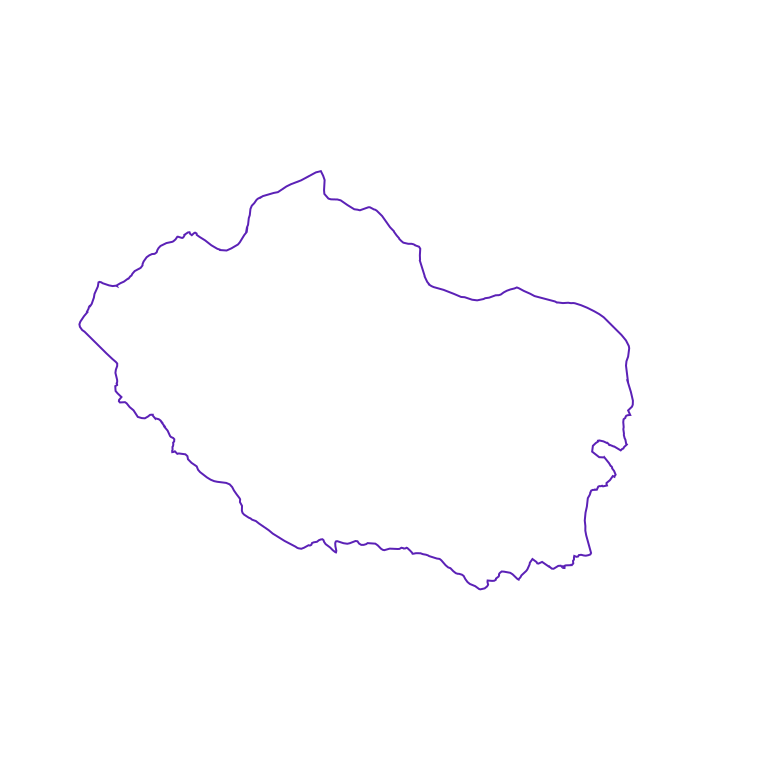 the district of Rungwe, Mbeya, United Republic of Tanzania, rotated 319°
{"feature_id": "72390352B86695961679763", "entity_name": "Rungwe", "entity_type": "district", "adm_level": 2, "iso_a3": "TZA", "parent_name": "United Republic of Tanzania", "parent_adm1": "Mbeya", "projection": "equal_earth", "projection_center": [33.663, -9.236], "detail": "fine", "context": "isolated", "style": "outline", "palette": "violet", "viewbox_px": 768, "rotation_deg": 319, "n_neighbors": 0, "source": "geoboundaries", "source_scale": "gbopen_adm2", "svg_char_len": 6142}
<svg xmlns="http://www.w3.org/2000/svg" viewBox="0 0 768 768"><g transform="rotate(319 384 384)"><path d="M586.2,523.5L592.5,517.9L593.7,515.9L595.2,509.9L595.4,502.9L593.6,477.8L592.3,472.5L590.4,467.1L587.4,459.8L584.4,453.8L581.1,448.4L580.1,447.2L578.1,445.6L576.3,443.5L572.1,440.3L568.5,436.3L568.0,436.1L567.2,433.9L555.3,416.4L553.5,411.7L550.6,405.5L548.6,400.2L547.6,398.3L545.2,397.5L541.5,395.6L537.9,394.2L534.4,393.4L530.8,393.1L528.8,392.2L526.5,390.3L520.0,387.8L516.6,385.6L514.9,385.2L509.2,382.0L505.8,378.2L501.8,371.4L499.3,368.9L495.9,361.9L490.7,352.0L485.1,343.5L484.1,341.4L483.3,338.8L483.5,338.8L483.6,335.3L485.2,329.5L485.5,329.3L492.1,314.2L492.7,313.9L495.5,310.4L500.1,305.7L500.5,303.4L498.4,299.6L498.5,299.3L497.9,297.9L496.8,296.3L494.2,294.0L491.3,290.0L490.9,287.5L490.7,284.5L491.0,283.9L491.0,280.1L491.4,275.8L491.7,275.3L491.4,269.7L492.8,255.9L492.2,248.3L491.6,246.5L490.9,245.6L490.4,244.2L489.3,241.4L488.2,240.4L479.8,237.1L478.4,235.1L476.2,232.6L473.8,224.9L471.8,217.0L469.9,214.2L465.1,209.8L463.7,207.6L463.7,201.4L465.9,198.4L473.0,191.1L474.7,186.9L476.0,181.9L471.4,179.6L455.0,175.9L444.9,172.2L440.0,170.9L429.8,169.6L426.2,167.5L415.8,162.7L413.1,162.3L413.2,162.1L410.4,161.4L408.6,161.4L404.7,162.4L401.2,162.7L398.0,164.3L393.5,168.5L390.8,170.1L385.8,174.7L383.3,175.9L381.1,177.7L381.8,177.7L380.1,179.2L376.3,179.9L368.0,182.5L365.3,182.9L357.8,181.5L352.8,180.0L348.1,175.3L348.3,174.9L346.9,172.6L344.7,166.0L343.2,158.2L341.3,152.0L340.5,148.6L341.1,147.7L341.2,148.0L341.3,147.4L340.7,145.8L339.4,145.5L336.6,145.6L336.2,143.6L336.8,141.9L335.5,141.0L331.4,140.5L331.4,140.8L329.0,141.6L327.9,141.6L327.2,141.0L325.1,137.6L324.6,137.3L321.5,138.1L318.6,138.1L317.3,137.7L312.3,134.9L305.9,133.2L303.0,133.5L300.7,134.3L298.8,135.5L296.3,135.3L294.1,133.7L291.3,132.9L288.0,132.6L283.0,133.8L280.6,135.0L279.5,136.1L276.5,136.7L269.9,135.2L266.5,135.7L264.5,136.5L263.2,136.3L260.2,136.9L259.8,136.5L254.8,136.1L251.2,135.0L246.7,134.2L246.6,134.7L246.3,134.0L243.5,132.1L241.2,129.2L237.7,123.2L237.4,121.9L236.3,120.3L235.2,120.0L232.0,122.7L224.6,126.1L221.7,128.5L215.9,131.8L213.2,132.5L213.0,132.0L211.7,132.4L210.5,133.3L207.2,134.6L207.3,135.2L202.1,136.0L195.8,137.7L193.3,139.1L192.0,141.4L191.6,145.2L192.3,148.0L194.6,178.7L195.4,186.7L196.1,191.5L196.1,193.5L194.4,195.4L191.0,197.3L188.6,199.4L185.3,205.8L184.0,207.4L182.6,208.1L182.5,208.9L181.9,209.7L179.8,209.3L177.7,212.0L176.8,213.3L176.8,216.4L177.3,221.6L173.6,222.2L172.6,223.1L172.6,224.7L176.6,227.8L177.1,229.7L176.9,234.6L177.7,239.5L176.6,247.3L178.8,250.8L181.0,253.0L184.5,253.7L187.2,253.8L188.6,254.8L189.1,255.3L188.8,255.4L188.7,260.0L188.9,259.9L190.9,262.8L191.4,265.0L191.3,266.8L191.1,266.6L190.9,268.1L190.7,271.8L190.3,271.6L190.2,271.9L190.1,277.2L188.4,283.0L188.5,284.3L189.5,286.5L189.5,288.1L187.9,289.7L186.4,289.9L185.4,291.3L184.1,292.4L183.1,292.7L181.2,295.0L180.3,295.4L179.5,296.5L180.8,297.3L182.0,297.6L182.2,301.1L183.6,301.8L188.0,306.8L188.3,309.5L186.7,312.2L187.0,317.2L188.6,323.3L187.4,326.7L187.4,329.9L189.1,338.4L190.4,342.5L192.1,345.9L194.0,348.4L200.0,355.1L201.7,358.5L201.8,362.2L200.9,365.9L200.4,370.5L200.1,375.0L199.8,376.6L197.8,378.6L196.9,382.8L193.6,386.4L192.7,388.4L192.7,390.7L194.2,396.1L195.1,397.9L195.4,399.8L197.4,403.4L198.1,407.2L201.1,418.8L201.9,423.9L206.0,437.2L210.5,448.7L211.0,450.6L211.6,451.8L213.5,454.1L216.2,455.1L221.3,456.2L222.1,457.3L223.6,457.7L225.4,456.8L227.1,457.4L229.9,459.1L232.5,459.2L234.4,459.9L235.7,460.8L235.9,462.1L235.2,463.9L234.9,466.6L236.1,472.1L236.3,475.8L237.0,479.2L237.3,479.6L238.6,478.6L240.9,474.5L242.7,472.2L243.7,471.5L244.7,471.3L245.7,472.1L249.0,477.6L251.5,480.5L253.7,481.7L259.5,483.8L260.8,485.3L260.5,488.1L261.3,490.5L263.2,492.1L265.6,493.2L267.2,493.3L272.7,498.8L273.4,501.6L273.7,506.5L274.3,508.4L275.2,509.6L280.3,512.0L286.2,517.6L287.5,518.6L289.7,519.0L290.8,520.5L291.0,521.2L292.5,522.2L293.5,522.3L294.0,523.1L294.4,526.8L294.5,529.6L294.2,530.8L294.9,531.4L297.2,532.7L300.5,535.7L301.7,537.9L303.7,540.4L304.8,542.3L305.1,543.4L309.4,550.4L311.2,552.5L311.6,554.6L311.6,561.2L312.1,564.5L313.3,566.6L313.5,570.7L314.1,573.9L315.2,575.7L316.1,576.5L317.7,579.0L318.2,581.1L317.4,584.5L317.1,588.2L317.6,591.2L320.2,596.4L321.3,601.2L322.0,602.2L325.9,604.3L329.0,604.4L330.9,603.8L332.2,601.3L333.3,600.3L336.5,603.6L338.1,604.8L339.9,605.1L340.9,604.3L344.2,604.5L345.2,604.0L346.0,603.0L347.3,602.6L349.8,602.7L351.4,604.3L355.4,609.3L356.2,612.0L356.8,618.7L357.3,620.0L358.0,619.6L360.1,619.4L362.2,618.6L368.6,618.4L370.5,618.0L375.5,615.7L376.8,614.6L381.2,613.5L382.3,618.4L382.0,619.9L382.8,620.9L386.6,622.0L388.7,630.2L389.0,630.1L389.5,633.4L390.8,634.7L396.2,635.6L398.2,637.1L398.3,638.8L398.9,638.6L399.4,638.8L399.6,639.3L399.8,640.5L399.0,640.8L399.5,641.3L401.1,639.7L402.3,640.2L406.0,643.2L406.6,643.2L406.9,643.9L409.1,643.6L410.6,641.5L412.2,641.1L413.7,639.4L414.8,638.6L415.8,640.6L417.2,641.5L418.8,641.0L420.7,642.2L422.3,644.5L423.7,646.0L426.0,647.3L427.9,648.0L429.4,647.4L437.3,630.9L439.7,626.8L442.8,623.3L445.9,618.8L451.7,613.3L456.7,609.6L462.9,603.9L466.6,602.6L468.3,601.6L468.3,601.4L470.4,600.4L471.9,600.8L474.2,602.6L474.3,602.4L475.3,603.4L478.4,602.0L479.6,602.4L480.6,603.4L481.9,603.9L482.1,604.9L485.7,606.9L486.2,605.6L487.0,604.7L491.4,604.8L496.3,603.6L497.0,605.2L497.4,604.9L499.3,604.4L500.6,600.6L500.8,597.4L501.5,596.5L501.6,595.3L501.3,594.6L501.9,591.5L502.2,583.7L501.9,583.8L498.4,580.4L496.7,571.6L501.1,567.7L505.1,567.5L507.9,567.9L508.3,567.2L509.5,567.9L512.0,571.3L513.5,574.7L513.9,574.8L514.2,576.6L513.9,577.5L514.1,578.1L514.9,578.7L515.2,579.7L515.9,580.7L516.1,581.6L516.7,582.1L519.1,589.4L521.1,589.3L522.3,589.7L523.9,589.1L527.6,589.0L527.6,587.9L529.7,584.3L530.0,582.9L531.5,579.9L532.6,578.8L535.0,575.1L536.6,573.8L539.5,569.8L541.2,568.2L541.7,567.8L543.9,567.9L544.7,567.3L546.0,566.9L547.4,567.4L549.5,568.9L550.9,564.1L556.3,563.8L558.2,562.8L560.9,559.9L565.1,552.0L569.8,541.4L570.0,541.8L578.7,528.9L581.9,525.9L586.2,523.5Z" fill="none" stroke="#5b21b6" stroke-width="2"/></g></svg>